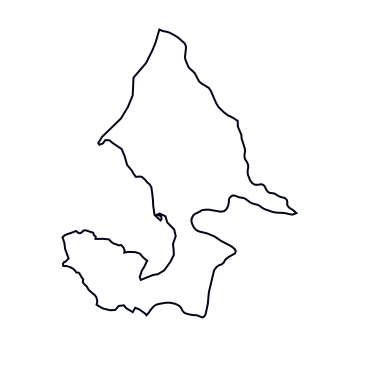 SVG path tracing the border of Shizuoka, rotated 111°
{"feature_id": "JPN-1845", "entity_name": "Shizuoka", "entity_type": "Prefecture", "adm_level": 1, "iso_a3": "JPN", "parent_name": "Japan", "parent_adm1": "", "projection": "albers", "projection_center": [138.464, 35.111], "detail": "fine", "context": "isolated", "style": "outline", "palette": "ink", "viewbox_px": 384, "rotation_deg": 111, "n_neighbors": 0, "source": "natural_earth", "source_scale": "10m", "svg_char_len": 3349}
<svg xmlns="http://www.w3.org/2000/svg" viewBox="0 0 384 384"><g transform="rotate(111 192 192)"><path d="M323.4,190.4L322.4,192.0L320.5,199.1L320.4,203.5L325.4,204.3L324.7,208.1L324.0,212.0L322.2,214.9L324.6,219.5L329.6,221.4L331.7,226.0L332.7,233.6L331.5,240.6L327.9,241.3L324.5,243.6L322.8,246.4L322.0,249.2L320.5,253.2L317.9,256.5L316.7,259.6L315.3,261.6L312.5,262.3L311.3,264.4L309.9,265.9L307.9,268.7L308.6,271.0L307.7,272.4L306.3,275.1L305.8,278.8L306.1,282.6L307.2,285.6L305.3,286.7L303.6,286.5L302.3,285.1L298.3,283.4L290.8,289.9L285.0,293.1L280.7,296.7L278.1,295.4L275.8,293.1L273.9,290.6L270.0,286.3L271.0,283.0L270.4,281.5L269.2,280.4L267.9,280.0L266.7,279.2L265.8,277.3L265.7,273.7L265.4,269.7L267.4,268.0L268.3,265.8L270.4,265.2L267.8,258.8L266.0,252.6L267.6,249.2L268.3,245.8L268.0,245.3L268.0,241.2L266.9,239.1L268.4,236.1L270.7,233.9L272.9,233.5L271.0,230.4L270.2,228.5L268.5,223.5L268.2,218.7L270.7,213.9L272.2,209.2L278.9,209.8L283.7,210.7L287.0,210.4L290.1,210.4L292.4,208.3L283.4,198.6L280.9,194.3L275.0,189.8L265.2,187.2L257.2,186.4L251.8,188.8L247.4,191.1L239.0,191.4L233.5,195.1L229.2,204.3L224.2,208.0L223.7,214.5L225.7,216.5L225.7,212.2L228.1,210.7L229.8,211.2L226.9,218.7L219.3,223.0L212.9,225.9L208.0,228.4L202.4,231.5L200.1,234.1L199.0,237.4L197.3,240.3L195.9,244.1L196.2,246.1L198.0,249.9L195.5,253.7L193.7,255.6L190.0,262.3L182.7,267.7L177.1,273.1L174.7,283.7L173.3,287.5L174.6,291.5L178.6,292.6L181.1,295.4L180.0,297.0L172.7,295.7L148.9,284.7L135.6,282.3L123.0,282.0L106.2,287.6L88.1,281.1L73.3,279.7L65.2,279.6L52.0,280.7L52.2,277.5L52.1,276.2L51.5,273.4L51.3,269.7L52.0,264.2L52.8,260.4L55.7,252.5L57.3,250.5L59.7,249.2L68.3,247.0L69.7,246.3L70.9,245.5L76.0,240.7L77.5,238.6L78.7,235.1L80.1,232.0L86.3,224.9L87.3,222.0L88.8,213.6L91.0,210.5L100.3,201.4L103.1,197.8L106.0,191.2L107.5,186.5L107.9,181.3L109.2,174.8L114.6,172.6L120.8,166.5L124.2,164.9L131.6,158.9L134.8,157.1L139.0,156.2L140.9,155.3L142.5,154.1L144.0,151.9L146.2,149.6L148.1,148.6L152.8,147.5L155.8,146.0L160.3,141.9L162.0,139.2L162.7,136.4L162.2,134.4L161.3,132.4L160.0,130.4L159.8,128.4L160.5,126.3L163.3,123.5L164.7,121.0L165.0,119.0L164.4,116.9L163.9,114.5L164.6,110.9L164.9,108.3L164.7,105.8L164.3,103.3L165.5,100.5L167.4,99.3L169.8,98.6L171.1,97.0L171.9,95.3L172.7,91.1L174.3,87.0L177.2,90.2L177.6,92.2L178.5,98.2L181.0,105.8L181.7,109.4L182.0,118.1L181.7,120.3L180.6,124.3L180.5,126.4L181.1,131.6L180.7,134.7L179.2,139.9L179.2,142.2L179.8,144.6L180.1,146.8L180.0,148.8L180.1,150.8L180.7,152.9L182.5,154.2L185.1,154.9L188.7,153.9L192.1,153.3L196.0,153.7L198.5,155.3L200.1,158.1L202.5,170.2L203.8,173.2L205.2,176.0L207.6,177.8L211.1,181.1L213.0,182.3L215.1,182.7L217.6,182.7L220.0,181.8L222.5,179.7L224.2,177.8L225.1,176.3L225.7,175.2L226.0,174.1L226.3,172.5L226.2,170.1L225.8,167.6L225.2,162.5L225.5,154.8L227.2,147.6L228.4,137.1L229.1,134.0L230.2,131.4L231.7,129.9L233.9,129.8L240.0,134.9L243.2,136.6L246.9,137.2L249.1,138.6L250.6,140.4L253.1,142.2L257.2,143.3L279.2,140.4L290.9,137.1L301.5,135.5L303.2,135.8L305.2,136.9L305.4,138.4L305.3,142.0L305.5,143.6L305.8,144.8L306.4,146.6L307.3,150.8L307.5,153.1L307.6,155.3L307.2,156.5L306.4,158.1L303.7,161.2L302.7,163.7L302.4,167.6L303.2,172.8L305.0,177.2L308.1,182.3L309.7,184.6L310.9,185.7L312.5,186.8L316.3,188.2L319.8,189.0L323.4,190.4Z" fill="none" stroke="#020617" stroke-width="2"/></g></svg>